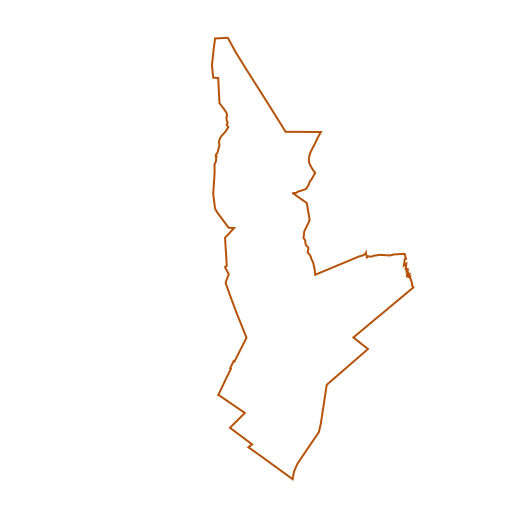 the district of Escobedo, Coahuila, Mexico, rotated 217°
{"feature_id": "50627088B23195967378884", "entity_name": "Escobedo", "entity_type": "district", "adm_level": 2, "iso_a3": "MEX", "parent_name": "Mexico", "parent_adm1": "Coahuila", "projection": "equal_earth", "projection_center": [-101.288, 27.307], "detail": "fine", "context": "isolated", "style": "outline", "palette": "amber", "viewbox_px": 512, "rotation_deg": 217, "n_neighbors": 0, "source": "geoboundaries", "source_scale": "gbopen_adm2", "svg_char_len": 2710}
<svg xmlns="http://www.w3.org/2000/svg" viewBox="0 0 512 512"><g transform="rotate(217 256 256)"><path d="M92.4,99.8L95.8,106.5L97.1,111.5L97.8,114.9L98.0,116.2L98.8,132.4L99.8,153.1L103.3,161.1L103.5,161.4L122.0,195.7L110.6,249.1L120.3,249.3L129.2,249.6L123.0,276.2L123.0,276.3L121.6,282.2L121.4,282.8L118.4,295.8L111.4,325.6L114.0,326.5L114.3,327.4L114.3,327.6L115.3,328.3L118.4,330.5L118.5,330.5L119.8,331.3L120.2,331.9L120.3,331.3L121.6,331.0L122.4,330.8L121.8,332.8L122.3,333.7L122.9,331.9L123.3,332.9L123.9,333.7L124.3,332.2L126.3,336.1L126.8,334.7L127.8,336.4L128.7,335.7L130.2,338.4L131.4,340.4L131.9,339.0L132.2,337.5L135.3,343.1L134.7,343.9L134.5,344.1L134.9,344.4L136.7,345.6L137.4,346.3L137.9,346.8L138.5,347.1L138.8,347.0L139.4,346.6L139.4,346.3L139.6,346.2L140.0,346.0L145.2,341.6L145.4,341.4L146.8,340.2L147.4,339.6L147.7,338.9L147.9,338.8L149.3,337.1L152.3,335.1L154.9,333.4L156.6,332.2L157.2,331.9L159.0,330.4L160.6,328.4L161.0,328.2L161.6,327.7L162.3,327.0L162.7,325.9L163.1,325.4L163.3,325.2L163.6,325.0L163.7,324.9L163.8,324.7L165.2,323.9L166.3,323.2L166.4,320.8L167.0,322.4L169.2,323.5L170.1,324.7L170.0,323.3L171.0,320.9L171.1,320.7L172.6,318.7L173.3,317.9L174.1,316.5L197.4,276.7L200.7,280.2L206.6,285.3L210.3,287.1L212.0,288.5L214.4,289.5L215.1,289.6L216.7,289.8L217.5,291.1L218.4,293.2L219.5,294.3L222.4,294.6L224.8,296.5L226.2,298.2L228.9,299.0L232.2,304.6L234.7,316.9L247.0,328.6L247.4,328.8L248.5,328.8L248.8,328.8L264.9,328.3L264.7,328.4L262.9,329.6L262.1,330.3L261.0,333.1L258.2,336.8L256.9,338.9L256.3,340.1L257.0,345.7L257.7,346.9L257.9,348.7L257.7,350.1L258.8,358.1L261.9,358.9L264.1,359.7L266.2,360.7L268.0,361.5L270.1,362.9L271.6,364.6L272.5,365.9L273.7,368.1L274.8,371.3L275.8,376.2L276.3,380.0L277.9,387.5L278.8,394.1L307.1,373.0L336.4,384.3L377.3,399.7L394.5,406.4L409.8,413.3L412.3,411.2L419.6,405.1L414.8,396.6L405.9,381.7L397.5,372.7L393.3,375.4L380.2,359.7L377.2,356.1L370.7,354.3L366.1,352.8L363.3,350.5L363.2,349.1L361.0,346.7L358.9,345.5L358.4,343.1L355.7,342.4L355.2,336.6L355.8,330.8L355.6,328.4L354.4,325.0L351.9,322.5L349.0,315.5L348.8,313.9L349.1,312.9L348.3,311.6L347.4,311.8L346.8,310.0L346.6,310.0L345.0,307.6L344.1,303.9L339.6,298.2L339.0,297.2L338.5,296.5L338.3,296.4L338.1,295.8L337.3,294.8L327.6,279.9L318.6,270.6L316.9,269.0L312.7,267.3L294.9,262.1L290.3,265.1L291.7,251.9L280.7,239.1L273.4,230.5L274.2,228.5L266.8,225.1L264.9,218.5L264.1,216.3L263.9,216.1L255.0,210.2L254.7,210.0L238.8,199.8L214.4,185.0L209.7,158.7L210.6,158.5L209.1,150.9L208.2,151.0L206.4,141.6L202.5,122.4L202.3,122.5L170.5,123.9L172.2,111.4L172.3,111.2L173.4,103.1L159.9,103.2L145.7,103.2L147.0,98.7L128.1,99.2L92.4,99.8Z" fill="none" stroke="#b45309" stroke-width="2"/></g></svg>